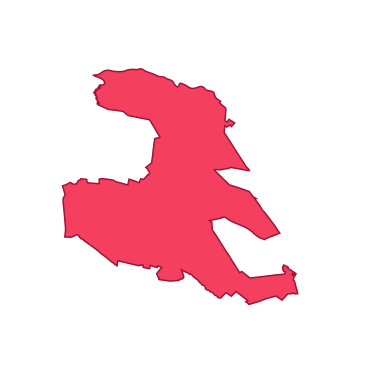 Trikātas pag., Beverinas, Latvia, rotated 26°
{"feature_id": "27541924B26543314591182", "entity_name": "Trikātas pag.", "entity_type": "district", "adm_level": 2, "iso_a3": "LVA", "parent_name": "Latvia", "parent_adm1": "Beverinas", "projection": "robinson", "projection_center": [25.698, 57.552], "detail": "fine", "context": "isolated", "style": "filled", "palette": "rose", "viewbox_px": 384, "rotation_deg": 26, "n_neighbors": 0, "source": "geoboundaries", "source_scale": "gbopen_adm2", "svg_char_len": 5749}
<svg xmlns="http://www.w3.org/2000/svg" viewBox="0 0 384 384"><g transform="rotate(26 192 192)"><path d="M157.0,291.2L155.5,286.3L176.0,281.7L180.1,279.1L181.1,281.1L187.0,279.8L187.5,279.3L187.2,277.5L186.5,276.4L193.9,275.1L193.6,273.3L197.8,273.1L196.6,278.0L196.0,281.0L198.1,282.6L199.4,283.7L200.2,283.7L200.3,284.9L201.0,285.1L211.6,281.6L218.7,277.4L218.9,277.2L219.3,276.3L220.7,274.9L221.3,274.3L221.3,274.1L221.6,274.0L221.7,273.7L221.8,273.1L221.9,271.8L216.8,266.6L218.0,266.7L222.4,266.7L224.1,266.4L224.7,266.8L225.3,266.9L226.3,266.9L227.4,266.3L230.8,267.6L232.8,268.1L235.8,268.5L237.2,269.5L239.7,270.1L241.6,271.1L242.5,271.1L243.0,270.8L244.4,271.0L245.1,271.3L245.5,271.9L246.0,272.0L246.4,272.9L246.4,273.0L246.7,273.2L248.7,273.4L249.3,273.3L250.3,273.0L251.2,273.2L251.6,273.6L252.0,273.6L254.5,273.4L255.4,273.5L255.6,273.6L256.0,274.0L256.5,274.3L257.3,274.6L259.6,274.6L260.7,274.8L261.1,275.1L261.4,275.5L264.2,274.8L266.6,267.8L266.8,267.6L269.2,267.9L272.9,268.4L273.1,268.4L274.0,265.7L274.9,263.2L275.1,262.1L289.7,265.2L288.4,267.1L289.4,267.3L289.6,267.1L292.5,268.1L299.8,261.3L300.3,261.0L304.3,256.4L305.2,255.8L307.2,253.8L310.3,251.2L312.9,248.7L320.4,249.7L322.8,241.6L326.3,239.7L327.6,238.1L328.5,238.6L331.6,237.1L328.7,233.6L327.4,232.1L323.2,227.2L321.5,226.7L320.8,223.1L321.0,223.1L321.5,221.6L321.1,220.9L321.4,219.9L319.9,219.6L319.1,222.7L317.9,222.5L318.9,219.4L311.6,218.5L311.6,217.8L311.0,217.3L306.4,217.4L306.5,220.3L307.5,221.7L308.5,222.0L308.4,222.5L309.1,223.0L311.1,222.8L311.0,225.3L303.6,229.9L293.2,236.6L291.6,237.7L281.8,243.9L271.6,241.6L270.2,243.6L258.0,236.1L251.0,231.6L250.3,231.4L233.2,220.8L229.2,218.4L228.6,218.2L226.9,217.1L226.4,216.4L224.1,212.2L223.0,211.1L223.2,210.5L220.1,210.2L229.3,203.0L229.8,202.5L230.0,201.8L232.1,200.3L233.5,200.3L235.7,200.7L241.3,201.1L253.3,200.4L256.1,200.4L257.8,200.5L262.9,201.2L267.1,202.5L271.8,203.4L274.1,203.4L277.9,202.9L277.8,202.7L278.2,202.6L280.1,200.1L289.0,190.5L286.1,189.0L280.4,185.6L265.6,178.2L263.5,177.6L257.8,173.9L251.4,170.7L251.2,170.5L252.5,169.8L251.3,169.6L248.8,169.4L242.9,166.4L238.8,167.0L232.5,167.7L222.2,169.2L221.0,168.7L205.0,163.4L202.4,162.2L203.8,161.2L207.0,160.1L214.8,154.5L215.8,153.0L225.5,150.2L233.2,148.1L234.1,147.6L232.7,146.6L231.6,146.2L230.0,145.7L228.9,145.1L195.0,124.5L194.9,124.3L192.4,118.2L194.8,118.4L196.9,115.0L198.8,115.8L200.1,111.2L193.3,110.5L192.9,113.7L190.5,113.5L186.2,102.8L185.7,102.1L185.2,101.8L184.3,101.5L178.3,100.1L178.0,99.8L178.1,98.1L174.5,97.4L172.7,97.0L171.7,96.7L170.5,95.7L169.2,94.2L168.5,93.5L167.8,93.0L167.0,92.8L165.8,92.8L164.4,93.1L162.2,93.9L160.2,94.1L159.2,93.9L157.2,93.0L155.8,92.8L154.7,92.9L153.5,93.4L152.3,94.2L151.2,95.5L148.7,97.8L147.1,98.6L145.6,99.2L144.4,99.3L141.6,99.1L140.5,98.9L139.3,98.8L135.0,99.0L134.2,99.2L133.3,99.9L133.3,100.6L133.6,102.8L133.4,103.5L132.9,103.8L132.2,103.9L130.3,103.5L129.2,103.1L128.3,102.6L126.7,101.2L125.2,100.9L124.0,100.7L120.5,101.2L118.8,101.2L117.0,101.0L116.0,101.1L112.4,102.4L110.6,102.8L109.1,102.9L107.7,102.8L105.6,102.9L99.5,103.6L98.6,103.8L95.0,103.6L93.3,103.3L92.4,103.6L91.2,104.2L90.5,104.7L89.9,105.4L89.3,105.9L84.2,108.1L81.8,109.6L80.8,110.3L78.4,112.9L76.7,114.2L72.9,116.2L69.1,117.8L66.0,118.5L63.1,119.3L61.5,120.3L60.4,121.3L59.5,122.3L57.3,126.2L55.8,127.9L54.9,128.6L53.2,129.5L52.4,130.2L53.2,130.3L55.1,130.3L55.8,130.1L59.7,130.0L60.1,129.8L62.4,130.1L64.0,130.6L65.4,131.8L65.7,132.6L65.8,133.3L65.7,133.6L65.0,134.8L64.0,135.5L62.6,135.9L62.1,136.1L61.9,136.0L62.1,136.2L62.5,136.9L62.7,137.0L62.1,137.1L62.4,137.5L62.2,137.7L62.1,137.9L62.3,138.0L62.7,138.0L62.8,138.0L62.9,137.6L63.2,137.6L63.0,138.1L62.9,138.2L62.5,138.2L62.5,138.3L63.2,138.8L62.4,138.8L62.5,139.1L62.8,139.3L62.6,139.5L62.8,139.8L62.6,139.8L62.4,139.6L62.2,139.5L61.8,139.7L61.6,139.8L61.7,140.1L61.6,140.4L61.7,140.5L61.7,140.9L61.3,141.7L61.0,141.8L61.2,142.0L61.7,141.9L61.6,142.1L61.2,142.3L61.4,142.5L61.0,142.6L61.3,142.9L60.7,142.9L60.5,143.1L60.4,143.4L60.6,143.6L61.2,144.3L60.6,144.7L60.8,144.9L60.9,145.0L60.4,145.2L60.4,145.4L60.3,145.5L61.0,145.6L60.8,145.9L60.9,146.0L61.1,146.0L61.5,146.3L61.6,146.1L61.8,146.1L61.8,146.4L62.2,146.7L62.2,147.0L62.3,147.1L62.6,147.0L62.7,146.8L62.8,146.6L63.3,146.7L63.1,147.1L63.3,147.3L63.1,147.6L63.4,147.7L64.1,148.2L64.3,148.7L64.8,148.7L64.8,148.9L65.4,149.0L65.6,149.3L65.2,149.5L65.3,149.9L65.2,150.0L65.3,150.0L65.5,150.3L65.9,150.6L65.8,150.8L66.6,151.2L67.2,151.6L67.6,151.7L67.4,151.9L67.5,152.0L67.8,151.7L68.0,151.8L68.2,152.1L68.1,152.3L68.8,152.4L68.7,152.6L68.4,152.7L68.3,152.9L67.7,152.8L67.7,153.0L69.2,153.4L68.3,154.1L68.2,154.3L68.4,154.3L68.7,154.4L69.3,154.7L80.4,154.5L94.6,149.7L101.0,151.3L122.2,145.7L129.4,150.3L139.3,157.0L136.3,159.3L135.1,160.3L138.6,171.0L141.1,177.7L141.0,177.8L142.9,183.5L139.7,190.2L140.7,190.4L141.9,190.7L142.4,191.1L142.9,191.6L143.7,192.2L144.8,192.7L145.4,193.3L145.7,193.9L145.6,194.4L145.2,195.7L144.8,195.7L144.7,195.8L143.9,198.7L143.0,201.9L140.1,202.6L140.4,206.8L133.2,207.5L129.8,208.1L131.2,213.8L118.5,216.2L116.3,215.8L110.4,217.5L109.0,218.2L107.2,218.7L104.7,219.7L102.9,221.1L105.0,225.2L94.0,229.6L93.6,229.0L92.4,228.0L91.9,226.8L91.6,226.8L86.2,228.9L86.3,229.8L85.5,230.6L84.8,231.9L84.6,233.9L84.7,235.1L82.2,237.0L78.5,236.7L75.2,241.1L72.9,243.2L75.9,246.5L79.4,250.4L78.9,253.7L80.2,256.9L88.5,270.4L93.1,278.2L93.7,279.1L95.1,281.9L97.4,288.1L97.6,288.3L98.9,287.5L102.4,286.0L103.4,285.4L104.1,284.7L106.6,281.6L108.4,280.3L110.0,281.5L112.3,282.6L115.0,282.5L117.5,283.0L117.2,283.2L129.0,285.2L134.2,286.3L136.4,287.0L145.6,288.8L148.1,289.6L151.4,290.2L154.1,290.7L154.5,291.0L157.0,291.2Z" fill="#f43f5e" stroke="#9f1239" stroke-width="1.5"/></g></svg>